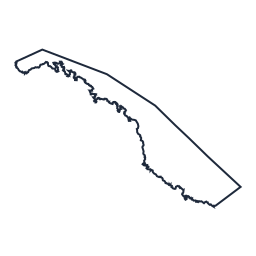 the district of East Choiseul, Choiseul, Solomon Islands, rotated 180°
{"feature_id": "97153195B70410485956536", "entity_name": "East Choiseul", "entity_type": "district", "adm_level": 2, "iso_a3": "SLB", "parent_name": "Solomon Islands", "parent_adm1": "Choiseul", "projection": "albers", "projection_center": [157.222, -7.098], "detail": "fine", "context": "isolated", "style": "outline", "palette": "slate", "viewbox_px": 256, "rotation_deg": 180, "n_neighbors": 0, "source": "geoboundaries", "source_scale": "gbopen_adm2", "svg_char_len": 5903}
<svg xmlns="http://www.w3.org/2000/svg" viewBox="0 0 256 256"><g transform="rotate(180 128 128)"><path d="M239.5,194.6L239.4,193.9L240.3,193.7L240.6,193.2L239.6,192.3L239.8,191.7L240.3,191.7L240.5,190.6L239.3,189.5L239.3,189.2L239.8,189.0L239.7,188.5L238.1,187.5L237.1,185.7L236.0,184.7L235.5,184.7L234.2,183.8L233.7,184.2L233.4,183.7L233.0,183.7L232.8,183.2L231.6,183.7L231.4,183.1L231.1,183.1L231.1,182.7L230.5,183.4L230.4,182.8L229.6,182.6L229.4,182.8L229.6,183.5L229.1,183.6L228.9,183.2L228.3,183.9L227.8,183.9L227.2,185.6L226.8,186.0L225.5,186.3L224.4,187.5L221.7,188.0L220.6,188.8L219.6,188.5L218.2,188.8L217.7,188.4L217.2,188.4L216.3,189.3L215.9,190.6L215.5,191.3L214.2,191.4L213.2,192.0L212.7,191.9L211.7,192.4L210.1,194.0L209.5,193.6L209.1,193.9L208.7,193.8L208.0,193.0L208.1,192.2L207.7,190.3L207.1,189.9L205.9,189.9L205.5,189.4L204.9,189.2L203.6,187.5L201.3,187.3L200.9,186.9L200.5,185.2L199.8,185.0L199.5,184.2L198.7,184.2L198.3,184.4L198.8,184.6L198.7,185.2L197.8,186.0L198.4,187.3L198.0,188.3L198.3,188.8L199.9,188.7L199.5,189.3L199.8,189.5L199.6,189.9L200.2,189.9L200.9,190.8L200.8,191.1L201.7,191.8L201.6,192.3L202.2,192.1L202.6,193.2L201.3,193.4L200.7,192.9L200.1,193.3L199.9,193.2L200.1,193.1L198.8,192.3L198.0,192.2L196.7,192.8L195.8,192.6L195.4,193.2L195.9,194.3L194.5,194.3L193.9,193.3L194.2,192.5L193.3,192.0L195.1,190.8L194.2,190.0L194.3,189.2L193.3,188.5L192.9,189.0L192.0,189.1L191.7,188.1L192.0,187.9L192.0,186.8L192.6,186.4L192.0,185.6L192.6,185.3L191.0,184.1L190.6,181.8L189.9,181.6L189.4,181.9L188.5,181.1L186.8,180.3L186.9,180.9L186.1,181.6L186.3,182.1L185.8,183.6L187.4,185.1L185.4,184.7L185.3,185.6L184.7,185.6L184.2,184.3L183.4,183.8L181.4,183.7L180.6,182.7L180.6,182.2L181.3,182.7L181.7,182.2L181.3,180.3L181.7,180.1L181.6,179.5L182.3,178.9L182.2,178.2L181.7,177.7L181.0,177.7L179.7,178.2L178.0,179.3L177.3,179.1L176.8,179.3L176.0,178.6L175.5,178.6L173.0,177.0L172.8,176.5L173.2,176.2L171.5,176.5L171.0,176.3L170.5,175.2L171.4,174.5L171.1,173.7L170.4,173.4L170.3,173.0L168.6,172.0L168.2,172.2L167.7,172.1L167.1,171.5L167.0,170.8L166.1,170.2L165.5,170.5L165.0,170.2L165.1,169.8L164.7,169.3L163.7,169.0L162.8,167.5L163.3,167.4L163.2,167.0L164.0,166.3L164.0,166.0L164.8,166.5L164.1,165.3L164.5,165.2L165.1,165.5L166.3,165.5L165.9,165.1L166.2,164.6L165.4,162.9L165.3,161.6L164.7,161.5L164.2,161.8L164.3,162.3L163.8,162.5L162.2,161.8L161.4,162.0L160.2,161.8L160.4,161.5L160.1,161.2L160.8,160.9L161.0,160.2L160.8,160.1L160.8,159.3L161.4,159.3L162.0,158.7L162.8,158.7L162.3,158.0L161.7,158.0L160.6,156.4L160.7,156.0L161.6,155.7L161.6,155.1L161.9,154.9L161.7,154.6L160.6,154.7L160.2,154.3L160.3,153.6L159.8,153.7L159.6,154.4L160.0,154.5L160.1,156.3L158.3,157.3L158.5,157.6L158.2,158.0L157.4,158.2L157.1,158.1L157.0,157.5L156.6,157.5L156.7,157.2L156.0,156.7L154.6,157.1L152.3,156.5L151.8,156.6L152.0,157.0L151.6,157.3L149.9,157.2L149.3,157.0L148.7,156.1L148.8,155.4L148.3,155.4L147.5,154.3L147.1,154.3L147.3,154.0L146.7,153.3L145.4,152.6L143.4,152.0L143.2,152.4L143.5,153.1L143.3,153.4L142.6,154.0L141.4,154.1L140.7,154.0L140.2,153.5L140.1,153.0L140.5,152.8L139.9,151.9L139.3,151.8L139.0,152.5L138.7,152.2L138.4,151.4L138.8,151.1L139.0,150.3L138.3,150.2L138.2,149.7L138.9,147.9L137.8,146.3L138.4,145.5L138.0,144.7L137.3,144.9L137.4,144.3L137.0,144.0L136.8,144.0L136.3,145.1L137.0,145.8L136.9,146.5L135.0,147.0L135.8,148.4L135.9,149.7L135.2,149.6L135.0,150.0L134.0,149.2L134.0,148.9L133.0,148.6L132.7,147.6L131.3,147.3L130.1,145.8L130.4,145.5L130.6,144.5L131.5,144.2L131.2,142.7L131.4,142.5L131.9,142.6L131.9,142.3L130.6,140.4L129.4,140.1L128.6,139.0L127.4,138.2L126.5,138.6L126.2,138.1L124.0,136.4L121.5,136.1L120.2,135.6L118.2,132.3L117.6,129.8L118.0,127.9L119.2,127.0L118.9,126.2L118.8,123.8L117.8,122.1L116.1,121.1L115.7,120.6L115.9,119.4L115.2,118.9L114.8,118.0L115.2,115.7L113.6,115.1L112.8,113.8L113.0,113.2L112.4,111.2L112.5,110.5L113.4,109.6L113.6,108.7L112.4,104.7L112.7,102.6L112.3,101.5L111.5,101.1L111.2,100.5L111.0,99.4L111.3,99.5L111.5,98.9L110.8,97.0L111.9,95.2L111.7,94.5L111.9,93.5L111.3,93.1L111.4,92.8L110.6,91.8L110.6,91.4L109.7,90.8L109.0,90.9L109.2,90.3L108.3,89.8L108.8,89.6L108.2,88.9L109.1,88.8L109.5,87.7L108.4,87.1L108.4,86.8L105.8,86.6L105.5,86.4L105.5,85.9L105.3,86.2L105.0,85.6L104.3,86.0L103.3,85.5L103.4,84.9L103.0,83.7L101.8,82.4L100.1,81.6L99.0,79.8L96.9,78.9L96.3,79.3L95.4,79.3L95.4,79.1L96.2,79.0L95.1,78.8L93.8,78.1L93.3,77.2L93.3,76.1L93.0,75.6L91.6,75.1L90.9,74.2L90.8,73.7L91.2,73.2L90.6,73.5L89.9,73.1L90.1,72.8L88.3,72.2L87.3,71.6L87.2,71.1L86.4,71.1L86.4,71.3L86.0,70.7L85.7,70.7L85.5,71.0L85.5,70.6L84.7,70.3L84.2,70.4L84.0,71.1L84.5,69.0L83.8,68.8L83.9,68.5L82.8,67.5L81.2,67.1L80.5,67.3L80.0,69.3L78.3,70.1L77.2,69.6L76.0,67.9L75.3,68.0L75.4,68.4L72.8,66.0L72.4,66.2L72.7,63.7L73.3,62.5L73.7,62.5L73.9,61.7L72.9,60.2L71.3,59.1L71.4,58.6L70.3,58.6L70.5,60.2L69.5,60.3L68.4,59.8L68.5,59.2L67.6,59.7L67.3,59.2L66.9,59.2L66.6,58.3L66.3,58.4L65.8,58.0L65.4,58.1L65.5,57.7L65.1,57.7L64.7,57.1L63.9,57.5L64.0,56.4L63.2,56.3L62.4,55.4L60.5,55.5L60.2,55.1L59.9,55.1L59.9,54.2L59.5,54.2L59.5,54.6L59.0,54.8L58.9,54.5L58.4,54.6L58.3,54.1L57.9,53.9L57.7,54.1L58.0,54.5L57.7,54.8L56.6,54.8L56.2,54.5L54.5,54.7L52.0,52.8L50.8,54.0L49.6,54.4L48.5,53.3L48.2,53.4L48.0,52.7L46.3,51.2L45.3,51.2L45.1,51.5L43.9,50.2L42.9,49.6L43.1,50.0L42.6,50.3L41.8,50.3L41.3,50.0L40.3,50.4L15.4,69.1L48.5,99.8L67.1,117.9L80.7,130.7L100.8,150.4L149.1,181.8L213.7,206.4L239.5,194.6ZM127.5,136.5L127.2,135.1L125.9,135.1L126.6,137.0L126.5,138.1L127.2,138.0L127.2,137.4L126.6,136.4L126.8,136.1L127.5,136.5ZM71.1,57.1L70.5,56.3L69.6,56.8L69.3,57.1L69.5,58.2L70.1,58.3L70.9,57.8L71.1,57.1ZM113.4,91.8L112.1,90.7L111.1,90.5L111.5,90.9L111.6,91.6L112.1,92.1L113.0,92.3L113.4,91.8ZM181.0,175.9L179.3,175.8L179.2,176.9L179.5,177.0L181.0,176.5L181.0,175.9ZM188.6,179.8L187.9,179.6L187.7,180.0L188.2,180.3L188.6,179.8Z" fill="none" stroke="#1e293b" stroke-width="2"/></g></svg>